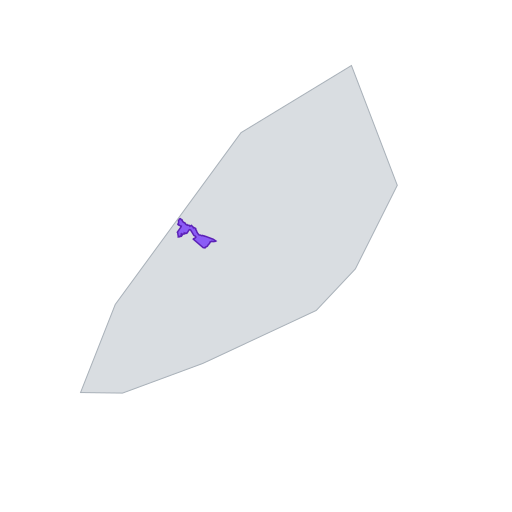 Bois Joli, Dennery, Saint Lucia shown in context, rotated 214°
{"feature_id": "8701671B16318499791123", "entity_name": "Bois Joli", "entity_type": "district", "adm_level": 2, "iso_a3": "LCA", "parent_name": "Saint Lucia", "parent_adm1": "Dennery", "projection": "natural_earth1", "projection_center": [-60.911, 13.922], "detail": "fine", "context": "in_parent", "style": "filled", "palette": "violet", "viewbox_px": 512, "rotation_deg": 214, "n_neighbors": 0, "source": "geoboundaries", "source_scale": "gbopen_adm2", "svg_char_len": 3927}
<svg xmlns="http://www.w3.org/2000/svg" viewBox="0 0 512 512"><g transform="rotate(214 256 256)"><path d="M337.4,349.9L283.4,467.3L178.4,393.6L166.4,300.9L175.6,244.6L239.9,137.4L290.0,67.7L325.1,44.7L345.6,137.2L337.4,349.9Z" fill="#d9dde1" stroke="#a8b0b8" stroke-width="1"/><path d="M340.1,243.6L340.0,242.7L340.2,242.2L338.8,240.3L338.6,239.8L338.6,239.6L338.6,239.1L338.6,238.7L338.4,238.5L338.1,238.7L337.8,238.7L337.6,238.5L337.4,238.4L337.3,238.5L337.0,238.7L336.4,238.6L336.0,238.7L335.6,238.7L335.3,238.5L334.8,238.7L334.6,238.9L334.4,238.5L334.4,238.2L334.5,232.4L334.5,231.8L334.4,231.8L334.3,231.7L334.1,231.6L333.9,231.5L333.6,231.2L333.4,230.9L333.0,230.5L332.6,230.0L332.3,229.7L332.1,229.6L331.7,229.1L331.1,228.3L330.9,228.5L330.7,228.7L330.7,228.8L330.3,229.0L330.2,229.2L330.0,229.3L329.9,229.5L330.0,229.8L330.1,230.0L329.9,230.2L329.7,230.1L329.4,230.2L329.4,230.3L329.2,230.4L329.0,230.5L328.9,230.6L328.9,230.8L329.0,230.7L329.3,230.7L329.3,230.8L329.4,231.1L329.4,231.4L330.0,232.2L329.9,232.2L329.9,232.3L329.8,232.2L329.7,232.2L329.4,232.0L329.2,231.9L328.9,231.9L328.9,232.0L329.0,232.0L328.9,232.1L328.8,232.3L328.8,232.5L328.8,232.8L328.9,233.3L328.8,233.5L328.7,233.6L328.4,233.8L328.2,233.8L327.9,233.9L327.9,234.0L327.9,234.3L327.9,234.5L327.9,234.8L328.0,234.9L327.9,234.9L327.9,235.1L327.7,235.2L327.3,235.2L327.0,235.6L326.8,235.4L326.6,235.6L326.4,235.9L326.2,236.0L326.0,236.5L326.0,237.5L326.0,238.4L326.1,238.5L326.0,240.6L324.8,241.0L321.5,239.5L319.0,238.3L317.4,238.5L316.4,238.1L316.4,237.8L316.5,237.5L316.6,236.7L316.8,236.3L317.0,236.2L317.0,235.8L317.3,235.6L317.5,235.4L317.4,235.2L317.4,234.9L303.8,233.3L303.8,233.1L303.8,233.3L303.7,233.7L303.6,233.9L303.4,234.0L303.2,234.1L302.8,234.2L302.8,234.3L302.8,234.5L302.7,234.9L302.7,235.1L302.8,235.2L302.7,235.3L302.6,235.5L302.4,235.8L302.2,236.1L302.1,236.3L302.1,236.5L301.9,236.7L301.8,236.9L301.8,237.0L301.8,237.5L301.8,237.9L301.9,238.0L301.9,238.5L301.8,239.0L301.7,239.2L301.7,239.4L301.6,241.1L301.7,241.3L301.8,241.4L301.9,241.5L301.9,241.8L301.9,242.1L301.6,242.4L301.4,242.4L301.3,242.5L301.2,243.0L301.0,243.3L300.8,243.5L300.6,243.6L300.2,243.6L299.8,243.9L299.6,244.0L298.9,244.4L298.8,244.5L298.7,244.6L298.6,244.9L298.5,245.1L298.3,245.2L298.2,245.3L297.9,245.4L297.8,245.5L297.7,245.8L297.6,246.0L300.8,246.0L308.8,244.1L309.0,243.9L309.3,243.9L309.5,243.7L309.8,243.6L310.0,243.7L310.3,243.7L310.5,243.6L310.7,243.4L310.8,243.4L311.0,243.3L311.3,243.3L311.6,243.2L311.8,243.2L312.0,242.8L312.2,242.7L312.3,242.5L312.7,242.4L312.8,242.4L313.2,242.3L313.4,242.3L313.6,242.3L313.8,242.2L314.0,242.1L314.4,241.9L314.5,241.8L314.7,241.7L314.8,241.7L315.0,241.6L315.4,241.7L315.8,241.7L315.9,241.8L316.2,242.0L316.3,242.0L316.8,242.1L317.1,242.2L317.3,242.3L317.5,242.4L317.6,242.5L317.9,242.7L318.1,242.7L318.2,242.8L318.5,242.9L318.7,243.0L318.9,243.2L319.0,243.3L319.2,243.5L319.3,243.6L319.6,243.7L319.9,243.9L320.0,244.0L320.3,244.0L320.6,244.1L320.9,244.3L321.0,244.5L321.3,244.9L321.4,245.1L323.9,244.8L323.9,244.7L324.0,244.8L324.3,244.9L324.8,244.8L325.1,244.8L325.5,245.0L325.9,245.1L326.1,245.1L326.4,245.3L326.7,245.3L327.4,243.8L327.5,243.9L327.8,243.9L328.0,243.9L328.1,244.0L328.3,244.1L328.5,244.1L328.9,243.8L329.0,243.8L329.3,243.7L329.8,243.4L330.0,243.3L330.1,243.2L330.3,243.3L330.3,243.2L330.5,243.2L330.9,243.0L331.0,243.0L331.4,243.0L331.5,243.0L331.8,243.0L332.0,243.2L332.4,243.2L332.5,243.2L332.7,243.3L332.8,243.3L332.9,243.5L333.0,243.6L333.5,243.6L333.8,243.7L334.0,243.7L334.3,243.5L334.4,243.4L334.5,243.4L334.8,243.4L335.0,243.4L335.3,243.4L335.5,243.6L335.8,243.5L336.2,243.7L336.3,243.8L336.5,243.8L336.8,244.1L337.2,244.4L337.2,244.5L337.3,244.6L337.7,244.4L337.8,244.3L338.0,244.3L338.1,244.2L338.3,244.3L338.6,244.4L338.9,244.6L339.1,244.7L339.4,244.7L339.5,244.7L339.8,244.6L339.9,244.4L340.0,244.3L340.1,243.6Z" fill="#8b5cf6" stroke="#5b21b6" stroke-width="1.5"/></g></svg>